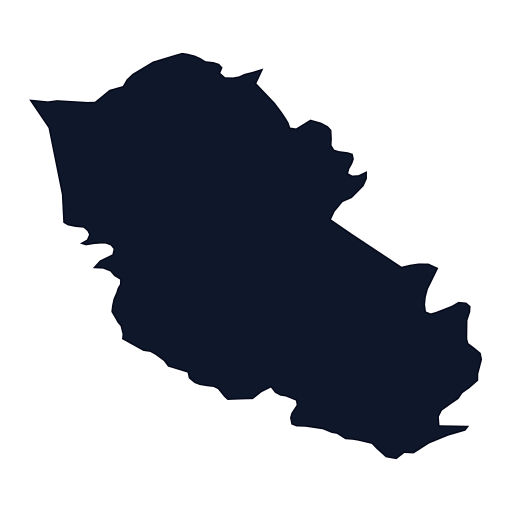 the district of São Mamede, Paraíba, Brazil
{"feature_id": "56859067B24590178587269", "entity_name": "São Mamede", "entity_type": "district", "adm_level": 2, "iso_a3": "BRA", "parent_name": "Brazil", "parent_adm1": "Paraíba", "projection": "mercator", "projection_center": [-37.075, -6.928], "detail": "fine", "context": "isolated", "style": "filled", "palette": "ink", "viewbox_px": 512, "rotation_deg": 0, "n_neighbors": 0, "source": "geoboundaries", "source_scale": "gbopen_adm2", "svg_char_len": 2142}
<svg xmlns="http://www.w3.org/2000/svg" viewBox="0 0 512 512"><path d="M30.7,100.4L49.2,127.7L62.6,194.5L64.0,222.3L68.2,224.7L75.5,226.2L83.9,227.0L88.0,230.6L89.9,234.6L87.5,240.1L81.8,243.3L86.0,244.6L94.0,243.3L101.1,242.8L106.0,242.9L111.1,244.8L114.4,248.8L113.0,254.9L100.4,261.0L94.4,267.5L103.2,267.9L110.7,270.8L114.7,275.5L120.9,279.2L120.7,284.4L118.3,288.4L117.0,292.7L114.2,299.1L112.8,305.6L112.1,311.6L115.5,317.4L118.2,322.2L121.2,325.7L123.3,334.2L122.8,338.7L143.6,350.2L150.5,351.2L155.7,354.1L164.3,360.4L168.5,366.0L188.2,372.0L189.5,377.9L194.9,382.4L199.9,384.3L207.9,385.6L213.7,386.2L218.4,388.5L224.7,396.3L227.8,399.2L243.7,398.6L252.6,398.4L261.1,391.6L271.1,386.6L275.4,392.1L280.5,394.9L286.1,395.8L296.6,400.1L297.4,405.2L292.1,413.2L290.8,417.7L292.0,423.9L296.6,425.7L305.7,426.0L323.1,428.6L331.8,432.2L337.1,433.1L345.6,438.5L352.7,439.0L358.2,439.9L372.1,443.2L377.0,448.3L386.2,456.6L396.2,458.4L404.1,452.2L413.4,452.7L428.8,442.8L447.8,435.0L465.0,430.0L467.7,426.5L438.8,426.0L438.1,416.5L441.4,410.0L450.8,403.3L458.0,398.4L461.8,392.7L469.0,387.6L477.5,380.2L477.5,373.9L481.3,359.5L480.1,353.4L473.7,348.1L467.7,343.6L466.5,338.9L466.7,320.3L469.5,311.8L469.8,306.6L466.0,303.3L458.6,302.6L452.2,306.4L436.0,312.7L430.6,314.2L425.3,312.0L424.3,304.5L425.1,296.9L427.2,288.9L429.7,283.9L434.4,274.3L437.3,268.4L428.3,264.3L418.9,264.2L410.5,265.4L401.4,267.5L351.2,234.2L330.1,219.7L334.0,211.3L342.1,201.5L351.5,197.3L363.0,185.7L366.2,178.6L366.2,172.3L358.7,175.9L352.2,176.3L347.3,173.8L348.6,168.7L351.5,163.6L353.1,159.2L352.1,154.4L347.7,153.0L338.6,151.8L333.7,150.3L330.8,145.5L331.1,138.6L330.7,130.4L327.4,126.8L320.8,123.3L310.5,120.4L304.1,124.4L296.2,129.2L289.6,128.2L287.9,123.0L285.7,119.3L281.6,113.1L274.2,103.2L255.5,83.6L262.0,69.7L252.6,72.6L244.6,74.6L239.2,77.1L233.2,78.2L224.8,78.0L219.4,73.2L221.7,67.8L218.7,64.5L213.3,62.8L205.2,61.9L199.9,58.6L194.5,56.2L186.8,54.3L182.2,53.6L176.2,55.3L153.3,62.2L133.0,74.4L127.3,79.8L123.3,86.7L109.8,90.5L95.2,102.5L87.2,102.7L61.9,101.2L57.2,100.9L47.9,102.1L30.7,100.4Z" fill="#0f172a" stroke="#020617" stroke-width="1.5"/></svg>